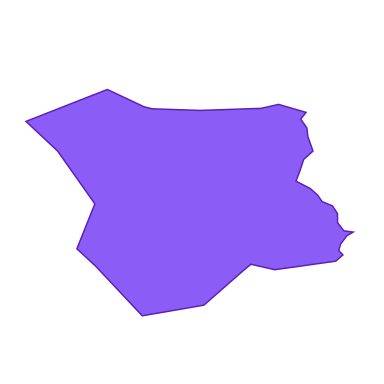 the district of Encanto, Rio Grande do Norte, Brazil, rotated 81°
{"feature_id": "56859067B83972038647680", "entity_name": "Encanto", "entity_type": "district", "adm_level": 2, "iso_a3": "BRA", "parent_name": "Brazil", "parent_adm1": "Rio Grande do Norte", "projection": "natural_earth1", "projection_center": [-38.305, -6.133], "detail": "fine", "context": "isolated", "style": "filled", "palette": "violet", "viewbox_px": 384, "rotation_deg": 81, "n_neighbors": 0, "source": "geoboundaries", "source_scale": "gbopen_adm2", "svg_char_len": 612}
<svg xmlns="http://www.w3.org/2000/svg" viewBox="0 0 384 384"><g transform="rotate(81 192 192)"><path d="M131.2,66.9L119.0,92.8L120.2,110.5L112.7,171.2L103.6,218.3L100.3,226.1L77.5,259.6L81.8,279.3L96.3,344.9L130.6,318.3L188.5,289.8L230.1,314.6L250.4,298.6L306.5,260.5L305.6,197.9L277.6,153.6L272.6,145.1L281.7,122.4L282.8,60.9L277.8,52.8L272.8,56.2L266.8,53.5L259.4,45.8L256.8,39.1L254.0,48.2L245.0,53.0L236.1,51.7L227.6,55.5L221.8,65.1L215.2,68.1L207.1,74.6L197.6,87.6L188.2,82.2L177.3,76.6L170.5,66.1L155.4,68.9L146.7,68.5L137.0,73.2L131.2,66.9Z" fill="#8b5cf6" stroke="#5b21b6" stroke-width="1.5"/></g></svg>